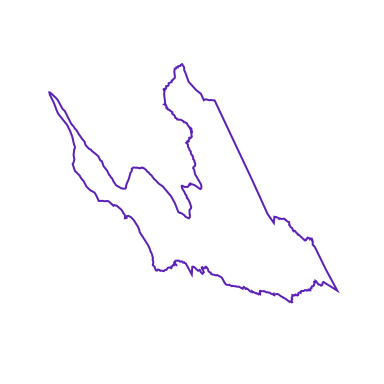 the district of Langanesbyggð, Norðurland eystra, Iceland, rotated 250°
{"feature_id": "244011B59191424948734", "entity_name": "Langanesbyggð", "entity_type": "district", "adm_level": 2, "iso_a3": "ISL", "parent_name": "Iceland", "parent_adm1": "Norðurland eystra", "projection": "natural_earth1", "projection_center": [-15.117, 66.073], "detail": "fine", "context": "isolated", "style": "outline", "palette": "violet", "viewbox_px": 384, "rotation_deg": 250, "n_neighbors": 0, "source": "geoboundaries", "source_scale": "gbopen_adm2", "svg_char_len": 6029}
<svg xmlns="http://www.w3.org/2000/svg" viewBox="0 0 384 384"><g transform="rotate(250 192 192)"><path d="M49.6,294.8L73.4,291.3L98.6,288.6L101.2,287.4L104.3,288.6L105.2,288.6L104.8,288.3L106.3,288.0L107.4,288.3L107.9,287.1L107.5,286.5L108.6,286.3L109.4,285.3L109.3,285.2L109.4,284.6L108.3,283.5L108.4,282.7L107.8,282.5L107.8,281.6L108.0,281.4L114.7,278.1L115.6,276.9L116.8,277.0L117.2,276.4L120.4,275.3L120.8,274.3L120.6,273.9L124.0,273.7L125.4,272.6L127.4,272.4L127.9,272.0L128.5,272.6L130.7,272.8L131.4,271.8L135.4,269.5L136.1,266.6L137.2,265.4L136.9,264.7L138.3,264.0L139.9,262.3L139.8,261.8L140.5,260.9L134.9,258.3L145.6,255.5L183.3,252.6L270.2,244.6L272.1,241.0L272.2,239.7L274.2,237.1L274.5,236.1L274.2,234.5L281.1,234.0L286.5,230.7L296.8,226.5L306.6,226.6L309.0,226.3L311.9,227.2L315.6,226.4L315.3,224.8L314.5,224.2L314.9,221.9L313.9,221.2L314.5,220.0L313.6,219.4L313.8,218.0L311.1,216.5L306.3,215.4L305.0,214.7L304.3,212.9L303.6,211.9L303.7,211.1L302.3,210.4L302.2,207.3L300.2,206.4L299.9,205.7L300.3,203.9L298.6,203.4L297.7,202.2L298.4,201.8L298.4,200.6L298.2,200.4L295.6,200.5L294.4,199.6L292.5,199.0L285.0,197.3L284.7,196.8L283.9,196.9L283.8,196.3L283.4,196.9L282.7,196.6L282.3,197.3L281.0,197.3L280.3,196.8L280.2,197.3L279.2,197.7L278.5,197.6L278.4,197.3L277.8,197.6L277.2,198.2L276.9,198.9L275.7,199.3L273.8,200.8L273.0,200.7L272.5,200.2L271.0,200.9L270.8,201.3L268.7,201.9L267.3,201.7L266.1,203.0L265.2,202.8L264.6,202.9L265.1,203.0L263.7,206.2L261.4,208.1L259.6,208.3L260.6,208.5L260.3,208.8L260.0,208.5L260.2,208.8L258.4,210.7L257.1,210.7L253.6,211.7L250.1,212.1L251.3,212.4L253.1,212.3L252.0,213.0L250.9,213.0L250.0,212.3L248.8,212.7L247.7,212.0L249.8,211.9L244.0,210.7L243.7,209.4L243.3,209.2L243.9,208.3L243.8,207.8L242.7,207.8L242.1,206.7L241.4,206.2L240.7,206.3L240.5,205.6L241.2,204.9L240.2,204.1L240.1,203.4L238.1,204.4L235.9,203.7L233.8,204.2L232.3,204.0L230.4,204.7L228.9,204.2L227.4,204.3L225.6,205.0L224.9,204.7L223.9,204.9L222.6,204.3L220.8,205.0L219.4,204.6L218.0,204.9L215.6,203.9L215.3,202.8L214.6,201.6L214.0,201.2L212.1,201.7L208.0,200.9L195.9,203.1L194.0,202.8L192.2,201.8L191.9,200.8L198.0,196.4L199.7,194.0L200.5,193.5L200.6,193.0L199.8,192.7L200.2,192.4L199.6,192.0L199.5,191.4L198.5,190.4L198.3,189.7L199.4,186.5L201.1,185.2L201.3,184.8L201.2,184.4L199.1,183.9L194.5,184.9L191.7,185.0L190.9,185.6L189.3,185.3L188.5,185.7L188.1,185.2L185.3,186.2L178.4,186.2L176.8,185.3L176.1,183.6L174.3,182.8L170.3,181.9L168.9,181.2L168.3,180.1L170.7,177.6L173.2,176.6L175.2,175.2L176.7,173.6L176.7,173.2L177.8,172.3L187.3,172.1L195.0,170.9L207.2,166.5L211.3,163.6L215.6,161.8L217.1,160.8L221.9,159.5L223.2,158.5L225.2,158.0L225.8,157.2L228.4,156.4L231.5,154.4L231.4,153.9L232.2,153.1L232.0,151.4L232.7,150.3L232.8,149.8L233.7,148.8L233.8,148.0L235.1,145.3L234.8,144.3L234.3,143.8L234.4,143.4L232.8,142.8L231.6,141.7L231.1,140.7L226.0,137.2L222.9,134.2L220.4,132.2L218.7,131.5L218.0,130.6L219.0,127.8L219.7,126.8L224.2,123.0L229.0,121.8L232.0,121.6L233.3,120.9L235.6,120.5L236.5,120.0L241.2,119.5L246.6,117.7L251.6,117.9L253.0,116.7L257.3,116.2L258.8,115.6L265.1,111.8L266.4,111.5L267.6,110.1L272.0,108.2L274.2,108.0L276.0,108.3L278.9,107.1L285.5,105.3L289.9,104.5L292.0,103.5L293.9,103.2L297.5,101.8L311.5,100.2L314.3,98.8L324.3,97.3L327.2,96.2L332.7,93.4L334.1,92.6L334.4,92.0L332.2,91.7L323.0,92.7L313.1,92.8L310.4,93.3L297.7,97.6L291.1,98.3L284.8,98.4L276.9,97.4L274.9,97.5L273.6,97.1L271.8,95.6L267.1,93.3L263.0,92.7L260.7,91.2L259.1,89.4L251.8,89.2L246.0,92.0L242.8,92.5L239.6,93.8L233.1,94.7L228.4,97.0L224.8,100.2L221.9,100.8L215.5,101.3L214.3,104.9L213.2,106.7L212.4,109.7L211.3,110.8L206.0,113.4L206.5,114.3L205.6,115.2L205.1,116.4L199.9,119.4L196.8,120.2L195.7,120.2L194.2,120.9L192.1,120.9L190.3,120.0L190.0,121.6L191.6,122.6L191.3,124.1L189.2,126.0L185.7,127.6L178.0,129.3L174.2,129.5L172.3,129.1L157.2,132.5L152.8,132.9L149.8,132.7L148.9,133.0L146.5,133.0L143.3,132.7L141.7,131.8L140.4,131.9L138.4,131.3L137.3,130.4L136.6,130.2L134.7,131.2L130.8,131.2L130.1,132.2L130.8,133.5L129.9,134.7L128.8,135.2L128.8,136.0L127.3,138.3L127.9,140.0L127.6,141.3L129.1,143.6L128.8,145.1L127.5,146.4L127.9,147.0L129.0,147.2L129.0,148.0L130.0,149.6L129.3,150.2L129.7,151.1L129.4,152.0L130.2,151.7L129.7,151.7L130.1,151.4L131.0,151.5L130.8,151.2L131.1,151.2L130.9,151.0L131.7,151.0L132.2,151.7L130.2,152.0L132.3,151.7L132.8,152.5L133.0,153.6L132.4,154.6L132.0,156.3L130.6,156.9L130.4,158.3L130.0,159.1L128.7,159.4L128.7,160.5L127.7,160.8L127.1,161.7L114.6,163.6L121.6,166.7L121.6,167.3L120.5,168.6L116.0,170.6L115.8,171.3L116.3,172.4L116.1,172.7L113.8,172.8L111.5,174.0L112.6,175.7L116.7,175.2L117.8,175.4L117.9,175.9L116.1,177.1L116.0,178.2L117.0,178.9L117.1,179.5L116.3,180.0L114.0,180.5L111.9,180.4L110.1,181.4L109.8,182.0L108.3,182.0L105.3,186.2L105.4,187.2L101.8,190.5L99.6,191.1L95.8,191.5L95.6,191.8L94.3,191.9L93.2,192.6L92.4,193.8L92.0,195.3L89.9,197.2L90.0,198.0L88.7,200.0L88.6,200.8L87.6,201.9L87.0,203.7L83.8,206.5L84.5,207.0L84.4,207.7L85.0,208.2L84.1,208.9L82.5,209.3L82.7,210.4L80.7,211.8L79.5,212.2L77.5,213.9L78.2,214.4L77.1,214.8L76.9,215.5L75.2,217.2L75.1,217.7L74.5,218.0L74.2,218.7L73.2,219.4L73.6,219.9L72.6,221.0L75.5,221.8L75.9,222.2L74.8,223.7L74.2,225.8L72.2,227.8L72.1,228.5L71.4,229.3L70.9,230.6L69.1,231.6L68.7,232.6L67.7,233.3L68.3,234.1L67.0,234.2L67.3,234.9L67.1,237.1L65.9,238.5L63.4,240.0L62.4,241.2L61.5,241.6L59.8,243.3L55.6,245.9L55.9,246.2L55.2,247.3L54.3,247.8L54.2,248.4L56.0,248.5L57.1,249.1L57.1,249.5L58.8,249.6L59.1,250.3L60.8,251.0L60.1,251.8L60.2,252.3L59.7,252.9L60.3,254.0L59.5,254.5L59.6,255.5L58.7,255.8L58.8,256.5L60.7,257.6L60.9,259.1L60.1,259.6L61.4,260.4L61.5,261.1L60.7,263.2L61.2,264.5L60.7,265.7L60.1,266.0L59.9,267.2L60.4,267.9L59.6,268.2L59.4,268.8L59.7,269.3L59.3,269.7L60.8,270.4L61.1,271.1L60.9,271.5L62.3,272.3L62.0,273.6L62.6,274.7L63.3,274.8L63.9,275.7L65.7,276.0L65.3,276.8L66.3,277.4L65.4,277.8L65.5,278.2L61.7,279.2L61.3,280.4L59.8,281.3L60.1,282.6L62.2,283.9L62.5,284.7L49.6,294.8Z" fill="none" stroke="#5b21b6" stroke-width="2"/></g></svg>